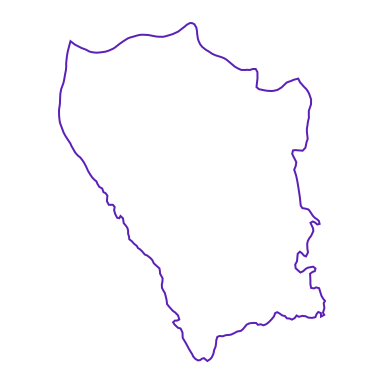 the district of Paranapanema, São Paulo, Brazil
{"feature_id": "56859067B66174710911505", "entity_name": "Paranapanema", "entity_type": "district", "adm_level": 2, "iso_a3": "BRA", "parent_name": "Brazil", "parent_adm1": "São Paulo", "projection": "equal_earth", "projection_center": [-48.774, -23.455], "detail": "fine", "context": "isolated", "style": "outline", "palette": "violet", "viewbox_px": 384, "rotation_deg": 0, "n_neighbors": 0, "source": "geoboundaries", "source_scale": "gbopen_adm2", "svg_char_len": 3826}
<svg xmlns="http://www.w3.org/2000/svg" viewBox="0 0 384 384"><path d="M298.2,78.6L293.3,79.9L291.1,81.0L288.8,81.7L286.6,82.6L281.6,87.4L277.5,89.9L274.6,90.6L272.2,91.0L268.7,90.9L265.9,90.6L259.0,89.2L256.5,87.1L256.9,83.4L257.5,78.3L257.4,72.0L255.7,69.0L252.7,69.0L249.9,70.0L247.1,69.8L244.8,70.0L241.2,69.9L238.3,68.6L235.0,66.8L226.8,59.9L224.1,58.2L221.3,57.1L215.5,55.3L212.2,53.8L208.8,51.5L205.9,49.8L202.1,46.8L200.0,44.0L198.7,41.2L197.9,38.8L197.2,34.1L197.0,31.2L196.3,27.4L194.3,24.2L192.3,23.2L190.1,23.0L187.0,24.6L184.7,26.6L178.0,31.7L172.7,34.1L168.6,35.4L165.0,36.4L163.0,36.8L158.2,36.7L155.5,36.4L150.4,35.4L148.2,35.0L144.9,34.8L141.7,34.7L139.4,35.0L136.8,35.6L132.8,36.8L130.1,37.5L128.0,38.3L125.6,39.8L123.7,41.0L119.8,43.7L114.7,47.7L112.9,48.8L108.6,50.7L105.4,51.7L100.2,52.4L97.1,52.7L94.0,52.5L91.1,52.0L89.1,51.4L86.1,49.7L81.5,48.0L74.9,44.6L70.5,41.2L69.7,44.0L68.0,50.5L67.3,53.9L66.8,57.2L66.2,63.0L66.2,67.0L65.9,70.2L64.9,75.3L64.4,78.5L63.5,82.8L61.2,89.1L60.3,94.0L59.9,104.0L59.0,110.1L59.1,115.8L59.4,118.9L59.9,122.6L61.6,127.2L63.5,132.3L65.1,135.4L67.8,139.6L70.4,143.5L71.4,145.9L73.2,149.0L75.3,152.7L77.8,155.5L80.3,157.5L82.4,160.2L83.9,162.4L85.3,165.0L86.5,167.4L88.0,170.8L90.0,174.2L92.1,177.3L94.4,179.8L96.4,181.3L97.3,183.6L99.3,186.9L102.2,188.5L103.5,192.2L105.5,193.1L107.4,195.7L106.9,201.1L108.8,204.8L112.9,204.8L114.7,207.1L114.1,210.2L115.2,214.0L117.1,217.7L119.3,218.2L120.5,216.0L123.0,218.4L123.7,223.1L125.5,225.2L127.4,227.9L128.1,230.6L128.1,233.7L129.0,236.5L129.3,239.3L131.5,240.9L134.0,243.7L136.8,245.9L137.9,248.0L139.7,249.1L141.7,250.9L144.9,254.6L147.2,255.5L150.6,258.2L152.3,260.1L153.8,263.3L156.5,265.8L159.4,268.3L159.9,271.1L160.1,273.7L162.6,278.3L162.4,281.9L161.8,284.5L162.0,287.9L163.6,291.0L164.9,293.1L166.5,299.5L167.1,304.2L169.3,306.9L172.9,310.9L175.2,312.5L178.1,315.5L179.3,319.5L177.0,320.6L174.9,320.6L173.1,322.3L174.6,324.6L178.0,327.8L180.6,328.5L182.5,332.5L182.7,337.9L184.4,340.7L186.0,343.4L189.1,349.2L190.7,351.9L192.2,354.2L193.2,356.5L195.5,359.0L198.0,360.4L200.1,360.1L202.0,358.7L203.9,358.1L207.4,361.0L210.4,359.0L211.9,357.1L213.4,353.8L214.2,349.9L215.6,346.6L216.1,342.9L216.3,340.1L217.4,336.8L219.7,336.0L222.7,336.3L225.7,335.2L229.1,334.9L231.1,334.6L234.1,333.2L237.2,331.5L240.8,330.9L243.1,329.0L246.6,324.7L249.2,323.4L252.9,322.9L256.1,323.0L257.9,324.8L260.8,324.3L263.5,325.3L266.4,324.1L269.1,321.9L271.5,319.4L273.9,316.5L275.2,313.1L277.2,312.2L279.4,313.4L282.2,315.4L285.0,316.1L286.8,318.3L289.9,318.6L291.8,319.6L294.6,318.2L296.6,315.5L298.9,316.8L302.3,315.9L305.5,316.2L308.3,317.6L312.0,317.9L315.4,317.2L316.6,314.0L318.3,312.0L320.9,313.1L321.0,316.6L324.2,314.9L323.0,312.7L324.4,308.0L323.7,303.2L325.0,300.9L323.3,298.9L321.5,295.9L320.3,292.1L319.1,288.2L316.2,287.4L314.0,288.4L311.1,287.9L310.4,284.1L310.4,280.6L310.1,273.7L312.8,271.8L314.8,271.2L315.5,268.5L313.2,266.7L310.3,267.2L307.6,267.8L305.7,268.9L303.2,271.2L300.4,272.5L297.8,270.2L295.7,268.3L295.2,264.6L297.0,261.3L297.7,253.8L299.9,251.7L301.8,253.1L304.0,255.6L306.0,256.4L308.0,252.4L307.4,248.9L307.2,243.7L307.9,240.8L309.3,238.2L311.1,235.9L312.2,233.6L313.3,231.2L313.1,228.5L310.5,222.8L312.8,221.5L315.0,222.5L317.3,224.5L319.6,223.9L318.9,221.0L317.2,219.4L314.7,217.7L312.8,215.7L310.1,211.6L308.5,209.5L305.7,208.7L302.3,208.1L300.7,205.5L299.9,197.5L298.2,186.4L297.2,180.5L296.1,175.5L294.2,169.7L295.7,166.1L296.3,162.2L294.6,158.7L293.4,156.5L292.2,153.8L293.0,150.4L295.5,150.1L297.7,150.3L302.6,150.7L305.4,147.8L306.6,142.0L307.7,138.9L307.3,135.3L306.9,132.3L306.9,128.7L307.5,125.1L308.0,121.4L308.9,117.9L308.8,114.1L308.8,110.9L311.0,104.4L311.1,99.5L309.3,94.2L308.0,91.5L306.2,89.0L303.6,86.4L302.0,84.5L300.1,82.4L298.2,78.6Z" fill="none" stroke="#5b21b6" stroke-width="2"/></svg>